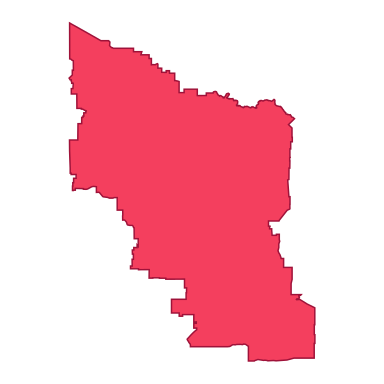 the district of Boyup Brook, Western Australia, Australia
{"feature_id": "25037944B18504039205701", "entity_name": "Boyup Brook", "entity_type": "district", "adm_level": 2, "iso_a3": "AUS", "parent_name": "Australia", "parent_adm1": "Western Australia", "projection": "robinson", "projection_center": [116.619, -33.886], "detail": "fine", "context": "isolated", "style": "filled", "palette": "rose", "viewbox_px": 384, "rotation_deg": 0, "n_neighbors": 0, "source": "geoboundaries", "source_scale": "gbopen_adm2", "svg_char_len": 5793}
<svg xmlns="http://www.w3.org/2000/svg" viewBox="0 0 384 384"><path d="M69.5,140.0L69.6,151.0L70.2,168.1L70.2,173.2L71.1,173.2L71.1,174.5L76.1,174.5L76.1,178.3L73.6,178.3L73.6,182.7L72.8,182.7L72.8,186.1L72.5,186.1L72.5,190.5L73.3,190.5L73.3,190.2L75.3,190.2L75.3,188.4L83.4,188.6L83.4,189.2L86.1,189.3L87.6,189.0L91.8,186.7L93.6,186.4L96.4,186.7L96.4,192.4L98.6,192.3L99.4,192.5L102.7,196.5L103.2,196.8L107.6,197.4L109.4,198.1L112.6,198.1L113.3,198.0L114.0,197.6L117.2,197.6L117.2,210.1L122.7,210.1L122.8,215.2L122.6,215.7L122.7,220.1L124.2,220.0L124.9,220.3L126.3,221.9L126.7,222.9L127.1,224.3L127.5,224.9L129.7,225.4L132.1,225.4L132.5,225.5L133.2,226.4L133.5,227.4L133.7,227.7L134.1,227.8L134.2,238.7L138.2,238.7L138.2,246.3L137.1,244.9L137.1,247.6L133.8,247.5L133.8,250.0L132.3,250.0L132.4,254.1L133.4,254.1L133.4,259.3L132.1,259.3L132.2,266.0L130.5,266.0L130.5,268.8L138.5,268.8L138.5,269.7L149.2,269.6L149.1,278.1L152.8,278.1L152.8,277.8L159.4,277.8L159.4,278.2L165.8,278.2L165.8,279.2L184.5,279.1L184.5,287.9L186.6,287.9L186.5,292.8L186.1,292.8L186.1,299.3L171.5,299.3L171.5,313.0L179.2,313.0L179.2,316.2L182.6,316.2L182.6,314.6L193.8,314.6L193.8,321.9L196.3,321.9L196.3,323.3L193.8,323.3L193.8,328.1L196.7,328.1L196.7,329.8L195.9,330.3L193.5,332.4L191.2,334.7L187.2,339.1L187.2,339.5L187.4,339.9L188.5,341.6L189.0,342.6L190.2,344.1L190.4,345.0L190.4,346.7L227.6,346.7L229.6,346.5L230.5,346.1L232.7,344.7L235.6,344.8L236.3,344.5L238.4,344.4L239.1,344.5L239.8,344.3L242.4,344.6L242.9,344.5L243.4,344.1L245.1,344.2L246.0,344.6L247.9,346.0L248.4,346.2L248.4,361.0L254.3,361.0L254.5,360.7L257.9,359.5L263.8,360.4L264.7,360.2L267.2,360.5L267.7,360.8L273.4,360.5L276.1,360.8L287.0,360.0L294.0,358.1L314.2,358.1L314.2,343.4L314.9,343.4L314.9,334.7L314.3,334.6L314.3,324.7L314.8,324.7L314.8,307.8L307.1,304.0L299.7,299.4L296.7,299.7L296.4,299.4L297.0,298.8L297.4,299.0L297.7,298.8L298.5,298.9L298.9,298.4L298.9,298.1L299.4,297.7L299.2,296.8L298.9,296.4L298.8,295.7L299.5,295.4L300.0,295.5L300.6,295.3L301.2,294.6L291.1,294.6L291.1,283.5L292.1,279.4L292.1,267.4L283.6,267.4L283.6,258.5L281.1,258.5L280.9,257.4L279.9,254.6L278.9,253.0L278.0,250.8L278.8,247.6L278.8,243.9L279.7,241.3L279.3,239.7L279.3,234.3L276.4,234.3L276.4,235.3L272.1,235.3L271.7,230.3L271.7,228.8L269.6,228.8L269.6,227.0L270.0,226.6L270.0,226.2L268.5,226.1L268.5,221.0L279.0,221.0L279.3,220.2L281.6,217.3L287.2,210.2L289.7,209.1L289.9,208.7L289.8,204.4L290.0,204.4L290.0,196.7L288.9,196.7L287.7,179.9L288.9,179.5L289.0,168.1L289.8,168.1L289.9,160.9L289.7,160.9L289.7,157.7L290.7,157.2L289.9,157.2L289.9,148.9L290.7,148.9L290.7,141.8L292.3,141.8L292.3,137.3L292.0,137.3L292.0,128.0L288.5,124.6L294.5,118.7L292.9,117.3L292.6,117.2L291.7,117.1L291.3,116.6L291.3,116.2L290.3,114.7L289.2,114.9L288.9,114.7L287.8,114.4L287.8,114.6L287.6,114.6L287.2,114.1L286.3,114.2L285.9,113.9L285.7,113.6L285.8,113.4L285.9,113.6L285.6,112.9L285.7,112.7L284.9,112.2L284.6,111.6L284.0,111.1L283.3,109.8L282.8,109.5L282.5,109.1L282.4,108.6L281.6,107.6L281.1,107.4L281.0,106.8L280.4,106.4L279.5,106.5L278.9,106.3L277.5,106.0L276.5,105.7L275.5,104.9L275.0,104.3L275.1,103.7L274.7,101.9L275.0,100.9L274.5,99.6L274.2,99.5L273.9,99.5L273.8,99.8L273.3,100.1L273.1,100.4L272.6,100.7L272.4,100.6L272.0,101.1L271.5,101.3L270.1,100.7L269.3,100.6L268.7,100.7L268.4,100.4L267.8,100.1L267.6,100.3L266.9,99.9L266.1,99.9L265.1,100.2L264.8,100.1L264.3,100.5L263.0,101.0L261.4,100.5L260.1,100.6L259.2,101.3L259.2,101.5L259.4,101.5L258.9,101.8L259.1,101.5L258.8,101.5L258.3,102.1L258.1,102.8L258.2,103.1L258.5,103.3L258.3,103.6L258.3,104.4L256.8,105.1L256.3,105.8L256.2,106.3L256.7,107.5L256.6,108.0L255.4,108.1L255.2,107.6L254.4,107.6L253.8,107.4L252.9,106.7L252.3,107.1L251.6,106.9L251.2,107.2L250.9,107.8L249.7,107.7L250.0,107.6L247.1,106.3L246.7,106.3L246.1,106.7L244.8,106.4L245.1,106.2L244.4,106.5L244.4,106.8L244.0,107.4L243.3,107.7L242.6,107.4L242.4,107.1L242.7,107.1L241.1,106.7L240.3,106.2L240.1,105.7L239.7,105.5L239.1,105.7L238.7,105.5L238.6,105.9L238.1,105.9L237.6,105.6L237.0,105.8L236.7,105.7L236.5,105.1L236.8,104.9L237.5,103.6L237.7,102.9L237.6,102.3L237.7,101.6L237.3,100.7L236.4,100.4L236.4,100.5L236.0,100.6L235.7,100.3L235.3,100.5L234.8,100.5L234.7,100.3L234.3,100.6L233.9,100.7L233.4,100.0L233.1,99.0L232.9,98.6L231.1,98.8L230.9,98.8L231.2,98.6L229.8,98.8L229.5,98.6L229.1,99.0L228.7,98.7L227.3,98.3L226.8,97.9L226.8,97.7L227.0,97.7L226.9,97.8L227.0,97.9L227.4,97.5L227.5,96.7L227.5,96.8L228.5,95.7L229.2,94.6L229.3,94.0L228.4,93.4L228.3,93.7L227.4,93.5L226.5,93.9L225.8,95.2L225.9,95.4L225.1,96.3L224.4,97.5L224.1,97.9L223.8,97.9L223.5,97.8L223.6,97.7L223.2,97.0L222.0,96.5L220.8,95.6L220.3,95.6L219.6,96.0L219.6,95.8L218.0,94.9L217.7,94.6L217.8,94.3L217.5,93.8L216.8,92.7L216.5,92.2L216.5,91.9L216.0,91.6L215.1,91.4L213.5,91.9L213.1,92.6L213.1,93.0L206.3,93.0L206.3,95.5L197.3,95.6L197.3,89.2L184.1,89.2L184.1,92.6L179.1,92.6L179.1,81.5L177.5,81.0L176.5,80.9L175.8,80.6L174.7,80.6L174.7,73.2L169.5,73.2L169.5,70.7L166.2,70.7L166.2,72.4L161.7,72.3L161.7,68.2L157.9,68.1L157.9,63.6L158.1,63.5L156.4,64.0L155.2,64.7L152.8,64.6L151.4,64.8L151.4,58.5L149.1,58.5L149.1,54.8L140.9,54.8L141.8,51.7L133.5,51.7L133.5,48.3L113.3,48.3L112.4,47.7L112.0,47.8L111.2,47.3L109.9,46.0L109.5,45.2L109.7,44.7L109.9,42.1L109.5,41.5L108.7,41.0L108.6,40.7L100.9,40.7L90.4,34.7L69.6,23.0L69.7,58.9L70.4,59.0L71.1,59.3L72.1,60.3L73.3,60.7L73.4,70.3L72.3,70.2L72.3,75.0L69.1,78.1L70.2,79.9L71.3,79.9L71.3,81.5L71.9,82.5L71.7,82.6L71.7,83.3L73.2,83.3L73.2,84.5L72.9,88.6L71.3,88.6L71.3,94.0L76.8,94.0L76.9,108.4L81.3,108.4L81.3,109.1L82.5,109.1L83.8,109.7L84.4,110.3L86.1,110.7L86.1,111.1L85.8,111.1L85.8,112.8L83.8,112.8L83.8,116.1L82.9,116.1L82.9,117.4L81.7,117.4L81.7,123.6L78.0,123.7L77.8,140.0L69.5,140.0Z" fill="#f43f5e" stroke="#9f1239" stroke-width="1.5"/></svg>